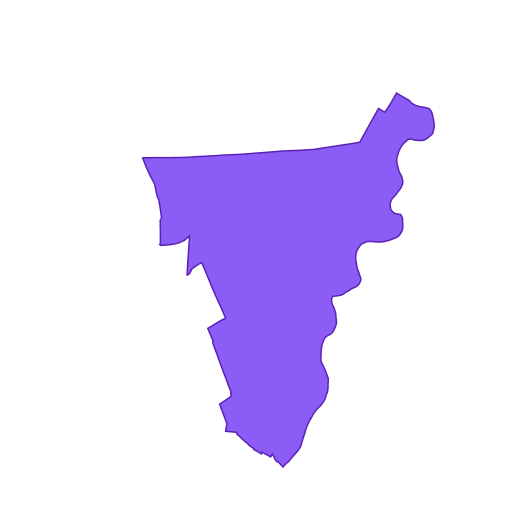 the district of Odoreu, Satu Mare, Romania, rotated 286°
{"feature_id": "2599482B64925111842123", "entity_name": "Odoreu", "entity_type": "district", "adm_level": 2, "iso_a3": "ROU", "parent_name": "Romania", "parent_adm1": "Satu Mare", "projection": "robinson", "projection_center": [22.987, 47.81], "detail": "fine", "context": "isolated", "style": "filled", "palette": "violet", "viewbox_px": 512, "rotation_deg": 286, "n_neighbors": 0, "source": "geoboundaries", "source_scale": "gbopen_adm2", "svg_char_len": 5796}
<svg xmlns="http://www.w3.org/2000/svg" viewBox="0 0 512 512"><g transform="rotate(286 256 256)"><path d="M447.7,360.6L448.1,359.0L448.7,356.5L449.4,354.0L450.3,349.9L450.7,348.8L451.4,346.2L443.9,344.4L442.5,344.0L439.5,343.3L434.8,341.8L429.7,340.2L431.6,333.1L429.9,332.7L426.0,331.8L414.5,329.1L403.2,326.5L394.0,324.4L391.4,319.2L388.2,312.2L385.9,307.1L383.5,302.0L381.2,297.0L378.9,291.9L376.6,286.9L374.1,281.6L372.5,276.8L370.6,271.7L368.3,264.9L368.1,264.1L366.3,258.7L364.5,253.4L362.7,248.5L360.9,243.7L359.0,238.8L357.0,233.4L354.9,227.7L354.4,226.3L353.7,224.5L353.1,222.9L352.5,221.3L351.6,218.8L350.7,216.7L350.2,215.2L349.8,213.9L349.3,212.5L348.7,211.0L348.3,209.5L347.7,207.9L346.9,205.3L346.4,203.9L345.9,202.5L345.4,200.9L344.5,198.4L344.0,196.8L343.5,195.5L343.0,194.0L342.7,193.0L342.5,192.8L342.1,191.6L341.9,191.2L341.5,190.1L341.0,188.6L340.5,187.2L340.0,185.7L339.5,184.3L339.1,183.1L338.6,181.6L338.3,180.9L338.1,180.3L337.7,179.3L337.5,178.5L336.9,176.6L335.8,173.5L334.9,170.7L333.8,167.8L333.4,166.9L332.8,165.2L332.4,164.0L331.8,162.4L331.6,161.8L330.7,158.8L329.7,155.7L328.8,152.8L328.1,150.2L327.2,147.5L326.3,144.5L325.4,141.4L324.7,138.8L324.0,136.2L323.2,133.3L322.5,131.1L321.3,127.4L320.4,124.1L320.2,123.4L320.1,123.0L319.8,122.0L319.5,121.1L319.2,120.5L319.0,120.0L317.3,121.3L312.5,125.0L307.7,129.0L305.3,131.1L303.3,132.8L297.5,138.5L285.7,144.8L282.9,147.3L279.8,148.7L274.8,151.1L272.0,152.3L270.5,153.0L268.9,153.7L266.5,154.7L264.2,154.1L263.7,154.1L262.3,154.5L262.0,154.7L259.1,155.5L255.2,156.7L251.3,157.9L248.3,158.7L242.4,160.4L241.0,160.7L240.5,160.3L240.1,161.3L240.0,161.9L242.4,168.2L243.9,171.9L245.7,175.3L247.3,178.1L248.4,179.4L250.3,181.7L251.3,182.9L254.0,184.6L256.9,186.6L246.1,189.0L239.9,190.3L233.8,191.6L224.2,193.7L218.7,195.0L218.9,195.3L219.6,196.1L220.1,196.6L220.7,197.0L221.3,197.1L225.1,197.8L225.9,197.9L226.2,198.1L227.8,199.4L232.0,202.8L233.3,204.2L233.8,204.6L234.6,205.7L231.8,208.0L226.3,212.4L222.8,215.2L219.8,217.6L213.9,222.2L208.8,226.4L205.6,229.1L202.1,232.1L198.5,235.1L198.4,235.4L197.4,236.2L193.6,239.3L187.8,243.9L186.3,242.7L186.5,242.6L186.4,242.3L186.0,241.7L182.8,238.5L180.9,236.8L176.1,232.4L173.1,229.6L172.4,230.2L169.6,232.4L167.5,234.1L163.6,237.2L163.0,237.8L162.2,238.0L161.1,238.2L160.4,238.6L156.4,241.4L154.1,243.1L151.7,244.9L147.1,248.2L142.5,251.5L139.0,254.1L135.5,256.6L130.0,260.8L124.4,264.9L121.0,267.5L117.6,270.0L117.4,269.8L117.4,269.6L117.1,269.5L116.2,270.1L115.7,270.3L115.1,270.4L114.5,270.4L113.9,270.2L113.3,270.0L108.0,265.6L106.0,264.0L103.5,261.9L96.3,267.2L92.7,269.9L91.0,271.2L86.7,274.3L79.1,275.1L81.2,285.9L80.5,286.1L80.3,286.2L80.2,286.4L80.2,286.5L79.9,286.8L79.7,287.0L79.4,287.1L79.1,287.3L78.9,287.4L78.8,287.7L78.9,287.8L79.1,287.9L78.3,289.4L76.6,292.5L75.9,294.0L74.8,296.4L74.3,297.5L73.3,299.8L72.9,300.7L72.5,300.7L72.2,301.5L71.2,304.1L70.1,307.3L69.3,307.3L69.1,308.6L68.4,311.5L67.2,315.8L67.4,315.8L69.1,316.0L68.3,319.5L67.1,324.7L66.9,325.4L70.2,326.3L68.8,327.8L65.8,330.3L65.0,331.3L63.9,333.2L64.3,334.0L62.7,336.7L60.6,340.1L61.4,340.4L62.3,340.9L63.3,341.4L64.6,342.1L68.1,344.3L68.8,344.8L70.0,345.1L71.9,345.9L74.6,347.2L76.8,348.3L80.7,350.0L82.8,350.8L83.6,351.0L84.8,351.4L87.8,351.4L93.9,351.5L98.0,351.7L104.1,351.7L107.6,352.1L110.8,352.5L112.7,352.9L115.2,353.6L120.0,354.7L120.7,354.9L122.0,355.3L123.6,356.0L125.5,356.8L129.0,358.8L130.6,359.7L133.2,360.5L135.1,361.2L137.2,361.7L138.7,361.8L142.0,361.8L144.7,362.2L147.0,361.9L148.5,361.7L149.4,361.5L150.2,361.2L151.0,361.0L152.5,360.6L153.3,360.4L154.5,360.2L157.0,359.5L158.3,359.2L160.3,357.6L161.3,357.0L164.4,354.7L165.3,354.0L169.1,350.8L170.8,349.1L171.8,348.3L173.2,347.4L174.4,346.9L176.2,346.4L177.3,346.2L180.6,345.3L182.6,344.9L184.6,344.5L186.3,344.2L188.0,344.0L189.8,343.9L190.8,344.1L192.0,344.2L193.7,344.3L195.2,344.5L196.7,345.0L198.0,345.8L199.8,347.3L200.4,348.2L201.3,349.1L202.2,349.7L203.7,350.6L206.2,351.3L207.5,351.5L209.0,351.7L210.5,351.8L212.0,352.0L213.4,351.9L215.0,351.4L215.9,351.1L217.4,350.4L219.1,349.8L220.7,349.2L222.2,348.7L223.3,348.1L225.0,347.0L225.9,346.5L226.7,346.0L227.7,345.2L228.5,344.5L229.7,343.3L230.7,342.6L231.9,341.9L232.9,341.4L234.0,341.0L234.9,340.7L235.7,340.6L236.5,340.5L237.3,340.5L238.1,340.8L238.6,341.4L239.1,342.5L239.5,343.7L240.2,345.2L240.9,346.9L242.1,348.9L243.6,350.8L245.0,351.4L246.4,352.8L247.4,353.9L249.1,355.5L250.8,356.8L253.2,359.8L255.7,362.0L258.1,362.9L260.5,363.4L262.9,363.2L264.9,361.8L266.7,360.5L268.4,359.5L270.2,358.1L271.7,357.0L273.2,356.1L277.5,354.1L279.7,353.0L282.6,352.0L285.0,351.6L289.2,351.5L291.3,352.2L293.6,352.8L296.0,353.8L297.4,354.9L298.6,356.7L300.0,357.9L300.6,359.0L301.7,362.6L302.6,367.5L303.6,371.2L304.8,374.4L306.5,377.6L308.1,380.1L309.8,382.4L312.6,386.0L315.4,388.1L319.6,389.3L322.2,389.5L323.9,389.2L325.2,388.9L327.3,388.2L328.6,387.7L332.1,386.7L334.3,385.2L335.9,383.4L335.4,380.9L335.2,377.8L336.1,375.1L338.3,372.4L342.0,371.0L344.1,370.5L345.8,370.6L347.4,370.8L349.0,371.2L350.4,372.1L352.2,372.8L353.3,373.5L355.0,374.0L356.7,374.7L359.2,375.7L361.3,376.4L363.1,376.8L365.5,377.0L367.9,376.7L370.2,375.6L371.8,374.6L374.2,372.7L376.3,370.5L379.2,368.7L381.6,367.3L383.9,366.0L385.8,365.2L388.8,364.4L390.7,364.3L393.7,364.5L395.7,364.4L396.9,364.7L400.2,365.1L402.7,366.0L405.5,367.1L407.5,368.6L410.0,370.0L411.1,372.3L411.2,376.1L411.6,379.3L412.5,382.8L413.6,385.4L414.9,386.9L416.3,388.2L418.4,389.6L421.8,391.8L423.6,392.0L425.9,392.0L427.4,391.9L429.4,391.6L430.5,391.3L432.4,390.7L434.3,389.8L435.7,389.2L437.4,388.3L439.2,387.3L441.5,386.1L443.1,384.9L444.4,383.3L445.4,381.8L445.4,379.7L445.4,377.1L444.7,372.6L444.8,371.5L444.6,368.7L445.2,365.8L446.1,362.9L447.7,360.6Z" fill="#8b5cf6" stroke="#5b21b6" stroke-width="1.5"/></g></svg>